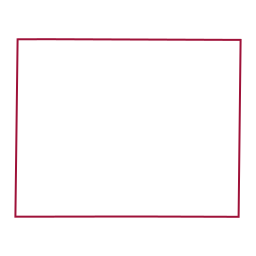 Logan, Kansas, United States of America
{"feature_id": "52423323B59948780820812", "entity_name": "Logan", "entity_type": "district", "adm_level": 2, "iso_a3": "USA", "parent_name": "United States of America", "parent_adm1": "Kansas", "projection": "robinson", "projection_center": [-101.227, 38.917], "detail": "fine", "context": "isolated", "style": "outline", "palette": "rose", "viewbox_px": 256, "rotation_deg": 0, "n_neighbors": 0, "source": "geoboundaries", "source_scale": "gbopen_adm2", "svg_char_len": 203}
<svg xmlns="http://www.w3.org/2000/svg" viewBox="0 0 256 256"><path d="M17.6,39.3L15.4,216.7L134.8,216.5L238.6,216.8L240.6,39.9L46.5,39.2L17.6,39.3Z" fill="none" stroke="#9f1239" stroke-width="2"/></svg>